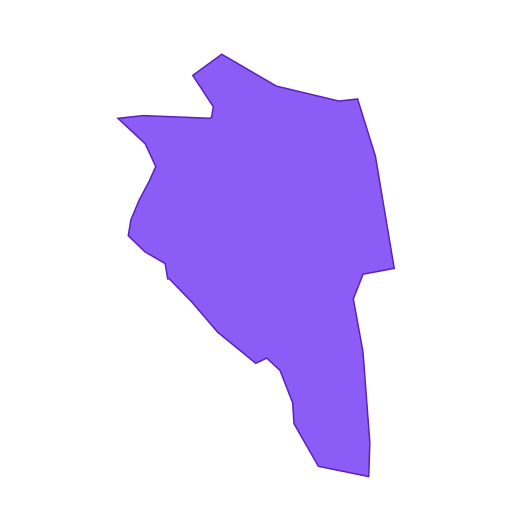 an SVG outline of Caerphilly, rotated 197°
{"feature_id": "GBR-2113", "entity_name": "Caerphilly", "entity_type": "Unitary Authority (wales)", "adm_level": 1, "iso_a3": "GBR", "parent_name": "United Kingdom", "parent_adm1": "", "projection": "natural_earth1", "projection_center": [-3.164, 51.668], "detail": "fine", "context": "isolated", "style": "filled", "palette": "violet", "viewbox_px": 512, "rotation_deg": 197, "n_neighbors": 0, "source": "natural_earth", "source_scale": "10m", "svg_char_len": 599}
<svg xmlns="http://www.w3.org/2000/svg" viewBox="0 0 512 512"><g transform="rotate(197 256 256)"><path d="M428.3,347.3L404.9,357.3L340.1,374.3L339.1,375.7L340.4,386.2L369.3,410.2L347.8,438.9L286.1,424.4L222.0,428.4L204.8,435.9L171.0,386.4L120.2,284.6L148.3,269.9L150.4,243.4L125.7,195.7L92.6,110.9L83.7,78.0L134.8,73.1L170.7,106.8L178.0,126.3L199.5,153.5L215.8,161.5L224.9,153.3L270.4,171.9L303.5,193.0L332.4,208.9L333.7,208.3L340.7,222.2L363.4,227.5L384.1,238.1L386.2,253.9L384.1,275.2L380.0,296.3L378.0,312.2L394.6,330.8L428.3,347.3Z" fill="#8b5cf6" stroke="#5b21b6" stroke-width="1.5"/></g></svg>